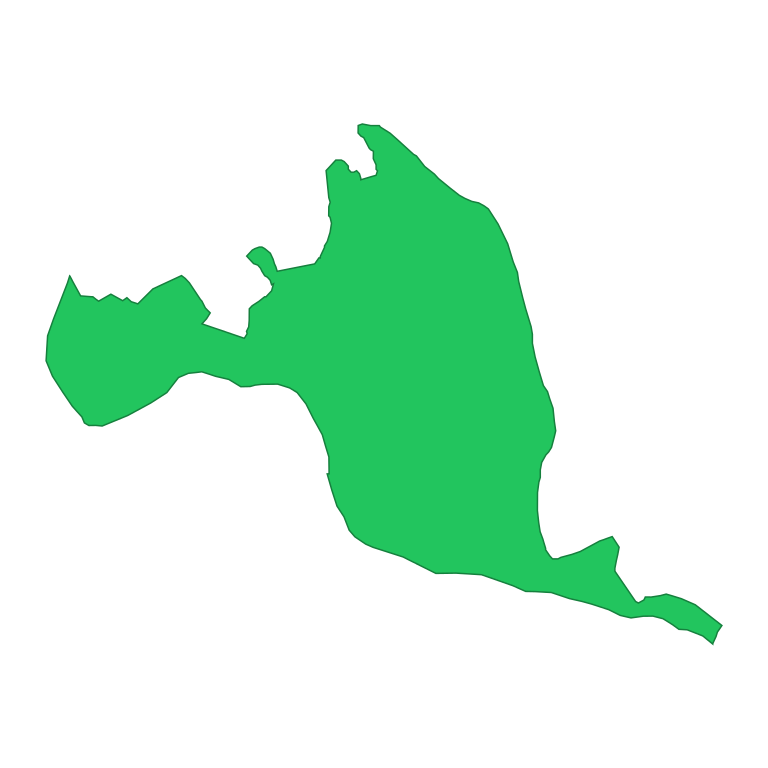 Alfath, Asyut, Egypt (Natural Earth projection)
{"feature_id": "37247803B50219622339720", "entity_name": "Alfath", "entity_type": "district", "adm_level": 2, "iso_a3": "EGY", "parent_name": "Egypt", "parent_adm1": "Asyut", "projection": "natural_earth1", "projection_center": [31.209, 27.218], "detail": "fine", "context": "isolated", "style": "filled", "palette": "green", "viewbox_px": 768, "rotation_deg": 0, "n_neighbors": 0, "source": "geoboundaries", "source_scale": "gbopen_adm2", "svg_char_len": 3562}
<svg xmlns="http://www.w3.org/2000/svg" viewBox="0 0 768 768"><path d="M69.7,275.9L67.5,282.9L53.6,318.8L47.6,335.8L46.1,360.8L52.5,376.2L62.8,392.2L72.3,406.2L77.1,411.6L77.3,411.8L81.9,416.9L84.4,422.9L88.9,425.5L95.7,425.4L102.2,426.0L127.7,415.5L150.7,403.0L166.8,392.6L178.5,377.5L188.4,373.3L196.2,372.5L201.8,371.8L210.6,374.6L210.8,374.7L215.6,376.3L228.8,379.4L240.8,386.7L250.1,386.5L255.1,385.1L262.0,384.3L271.4,384.2L277.6,384.1L289.6,387.9L297.1,392.5L306.0,403.9L313.4,418.6L317.2,425.4L322.3,434.7L325.6,446.2L328.9,457.0L329.1,473.8L327.2,473.9L328.1,477.1L331.8,490.0L337.0,506.1L344.0,516.8L349.2,530.2L354.9,536.8L365.7,544.1L373.0,547.3L403.2,557.0L407.7,559.3L413.3,562.1L417.6,564.1L417.4,564.2L422.7,566.8L435.9,573.4L436.0,573.4L442.9,573.3L455.9,573.1L456.0,573.1L460.4,573.4L462.1,573.5L467.3,573.8L481.5,574.7L512.9,585.7L519.8,588.8L524.8,591.0L525.6,591.4L535.3,591.6L551.3,592.5L569.5,598.6L581.9,601.4L591.7,604.1L608.8,609.7L620.2,615.4L631.0,617.9L643.4,616.2L652.9,616.1L663.0,618.7L672.6,624.7L678.9,629.3L687.2,629.8L702.7,635.9L712.7,644.0L712.7,643.9L713.2,642.6L716.0,636.6L717.4,632.1L719.6,628.9L721.9,625.5L695.3,604.8L681.4,598.7L671.7,595.7L666.2,594.1L662.0,595.2L660.6,595.6L650.9,597.1L649.5,597.0L645.3,597.0L645.1,597.5L643.9,600.0L638.4,603.0L635.6,601.5L632.3,596.7L614.9,571.2L614.9,568.2L616.3,560.8L617.7,554.7L619.1,547.2L612.2,536.6L607.1,538.4L603.9,539.6L599.7,541.0L591.4,545.5L585.8,548.5L580.3,551.5L571.9,554.4L560.8,557.4L558.0,558.9L552.5,558.9L549.7,555.8L545.6,549.8L545.6,548.3L543.7,542.1L542.9,539.2L540.1,531.7L538.7,522.6L537.4,510.6L537.5,492.5L538.9,482.0L540.3,477.4L540.3,469.9L541.7,462.4L545.9,454.9L548.7,451.9L551.5,447.4L554.3,436.8L554.7,435.1L555.7,430.8L554.4,421.8L553.0,408.2L549.7,398.8L547.5,391.6L543.4,385.6L539.3,372.0L535.1,356.9L532.4,343.3L532.4,334.3L531.1,326.7L525.6,308.6L523.5,300.7L522.8,298.1L518.7,281.5L517.4,272.4L513.2,261.9L507.7,243.8L498.1,224.1L488.4,209.0L484.3,206.0L478.7,202.9L471.8,201.4L464.9,198.4L459.3,195.3L449.6,187.7L438.5,178.6L434.4,174.1L424.7,166.5L416.4,155.9L413.6,154.4L397.0,139.3L390.1,133.2L380.4,127.1L379.3,125.6L370.7,125.6L362.3,124.0L358.2,125.5L358.1,133.0L360.9,136.1L363.7,137.6L369.2,148.2L370.6,149.7L373.4,151.2L373.3,158.7L376.1,164.8L376.1,169.3L377.5,170.8L376.1,175.3L370.8,176.8L360.8,179.8L360.8,178.3L359.4,173.7L358.0,172.2L356.6,170.7L353.8,172.2L351.1,172.2L348.3,169.2L348.3,166.1L344.2,161.6L341.4,160.1L335.8,160.1L334.4,161.6L328.9,167.6L326.1,170.6L328.8,197.7L330.2,202.2L328.8,206.7L328.7,215.8L330.1,217.3L331.5,223.3L330.1,232.3L327.3,241.4L324.5,245.9L324.5,247.4L320.3,256.4L320.3,257.9L318.9,257.9L314.7,263.9L291.3,268.5L277.2,271.3L275.8,266.7L274.4,263.7L273.1,259.2L270.3,253.2L264.7,248.6L262.0,247.1L259.2,247.1L255.0,248.6L252.3,250.1L250.9,251.6L248.1,254.6L246.7,256.1L249.4,259.1L253.6,263.6L257.8,265.1L260.5,268.2L261.9,271.2L264.7,275.7L267.4,277.2L270.2,280.3L271.6,284.8L273.5,283.8L271.6,290.8L266.0,296.8L264.6,296.8L259.0,301.3L252.1,305.8L249.3,308.8L249.2,320.5L248.7,326.9L246.5,331.4L247.1,333.2L246.8,334.4L246.0,335.6L244.3,338.3L203.2,324.3L202.0,323.8L206.6,318.7L210.2,312.9L207.4,310.1L205.3,307.9L201.9,301.1L200.5,299.6L189.4,282.9L185.2,278.4L181.5,275.6L152.9,288.9L151.0,290.8L137.8,303.9L135.9,303.2L131.2,301.7L126.9,297.7L122.7,300.7L110.9,294.2L106.3,296.8L101.4,299.6L98.6,301.2L97.4,300.3L96.1,299.4L92.9,296.8L90.8,296.7L80.6,295.9L73.1,282.2L72.5,281.1L71.6,279.3L71.0,278.2L69.9,276.1L69.7,275.9Z" fill="#22c55e" stroke="#15803d" stroke-width="1.5"/></svg>